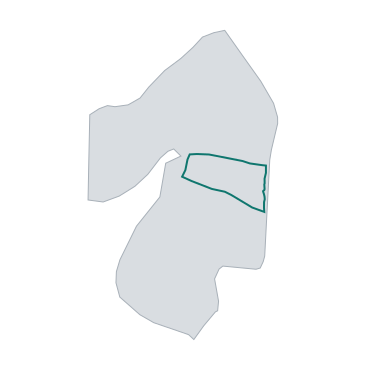 Balha, Tadjourah, Djibouti (highlighted), rotated 149°
{"feature_id": "41766387B97155389424645", "entity_name": "Balha", "entity_type": "district", "adm_level": 2, "iso_a3": "DJI", "parent_name": "Djibouti", "parent_adm1": "Tadjourah", "projection": "orthographic", "projection_center": [42.238, 11.898], "detail": "fine", "context": "in_parent", "style": "outline", "palette": "teal", "viewbox_px": 384, "rotation_deg": 149, "n_neighbors": 0, "source": "geoboundaries", "source_scale": "gbopen_adm2", "svg_char_len": 1278}
<svg xmlns="http://www.w3.org/2000/svg" viewBox="0 0 384 384"><g transform="rotate(149 192 192)"><path d="M285.2,238.7L273.1,258.0L257.5,282.8L239.8,310.9L228.7,311.2L220.0,309.6L214.1,304.8L201.9,299.6L188.1,299.3L175.0,304.2L152.8,310.2L132.8,312.2L116.6,315.5L103.2,319.4L91.2,317.3L80.7,313.7L78.5,283.9L76.0,251.4L76.4,226.0L80.1,212.1L83.3,206.6L102.2,187.3L108.8,179.5L130.4,147.5L148.9,120.1L162.7,99.6L166.9,95.6L172.7,91.7L176.9,92.8L203.7,112.6L208.5,112.0L217.4,105.9L225.5,84.7L231.2,77.0L233.7,77.2L250.8,71.3L266.4,64.6L268.4,71.5L292.1,99.7L299.9,113.7L308.0,139.1L303.9,153.4L297.8,162.7L288.7,171.0L257.2,191.3L222.1,204.3L199.7,230.2L183.0,228.5L185.5,238.3L191.7,239.3L201.5,237.5L220.8,229.9L238.0,226.3L256.5,226.0L273.3,229.2L285.2,238.7Z" fill="#d9dde1" stroke="#a8b0b8" stroke-width="1"/><path d="M140.3,137.7L138.4,141.4L135.4,146.3L133.4,148.3L132.3,150.5L131.8,151.9L131.4,153.2L130.8,155.8L130.3,156.3L129.1,156.4L128.3,157.1L126.1,161.3L125.3,162.0L122.9,166.1L122.4,166.6L118.8,170.3L115.1,176.4L115.0,176.6L117.7,178.6L127.7,186.7L132.7,192.5L158.1,215.4L168.2,222.0L174.6,225.4L179.1,222.2L186.4,214.2L192.6,210.2L186.7,201.6L173.4,184.4L163.7,175.3L159.9,169.3L148.4,147.7L140.3,137.7Z" fill="none" stroke="#0f766e" stroke-width="2"/></g></svg>